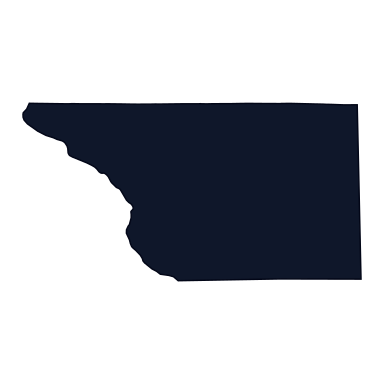 the district of Jo Daviess, Illinois, United States of America
{"feature_id": "52423323B10546312408424", "entity_name": "Jo Daviess", "entity_type": "district", "adm_level": 2, "iso_a3": "USA", "parent_name": "United States of America", "parent_adm1": "Illinois", "projection": "robinson", "projection_center": [-90.406, 42.351], "detail": "fine", "context": "isolated", "style": "filled", "palette": "ink", "viewbox_px": 384, "rotation_deg": 0, "n_neighbors": 0, "source": "geoboundaries", "source_scale": "gbopen_adm2", "svg_char_len": 1452}
<svg xmlns="http://www.w3.org/2000/svg" viewBox="0 0 384 384"><path d="M106.7,174.9L108.3,176.7L110.9,181.7L111.8,182.9L116.4,187.4L119.3,188.7L120.4,189.7L126.5,200.1L128.9,202.5L130.8,203.7L131.8,204.8L133.0,206.7L133.2,208.1L133.1,208.9L132.7,209.6L131.4,210.9L130.9,211.8L131.2,214.3L131.2,217.8L129.4,224.6L128.2,226.1L126.5,229.8L126.4,233.2L129.5,239.9L130.4,243.5L131.7,246.6L133.1,248.1L135.8,250.4L140.3,255.1L142.4,258.6L143.0,260.9L144.6,262.9L152.0,268.9L156.6,271.3L160.3,274.2L168.9,275.4L173.5,276.7L178.2,280.7L280.0,278.9L361.0,279.1L357.2,104.8L344.3,104.9L330.6,104.4L330.3,104.4L325.0,104.3L324.1,104.2L316.0,104.0L315.2,104.0L290.0,103.4L281.2,103.5L280.3,103.6L258.3,103.5L248.5,103.4L240.6,103.5L229.4,103.7L221.5,103.7L209.0,103.8L207.8,103.9L201.4,103.8L200.4,103.7L198.8,103.8L184.6,103.8L157.7,104.1L155.3,104.0L155.2,104.0L154.0,104.1L137.8,104.2L128.5,104.1L123.6,104.0L106.2,103.8L104.2,103.9L98.5,103.8L80.0,103.8L74.4,103.7L74.2,103.7L71.3,103.7L69.2,103.8L64.8,103.8L42.3,103.5L40.8,103.5L29.3,103.3L26.7,109.1L23.3,112.7L23.3,112.8L23.0,114.2L23.1,117.3L24.2,120.2L27.5,123.9L30.2,125.8L37.8,131.2L46.0,135.4L53.3,137.7L57.1,139.4L62.3,140.9L63.6,141.7L64.8,142.6L67.0,145.9L67.8,148.4L68.1,152.6L68.4,153.6L69.5,155.4L72.7,157.1L86.7,162.8L91.6,165.2L94.7,167.0L96.7,168.8L99.1,171.8L100.6,172.9L101.8,173.2L103.8,173.1L105.1,173.6L106.6,174.8L106.7,174.9Z" fill="#0f172a" stroke="#020617" stroke-width="1.5"/></svg>